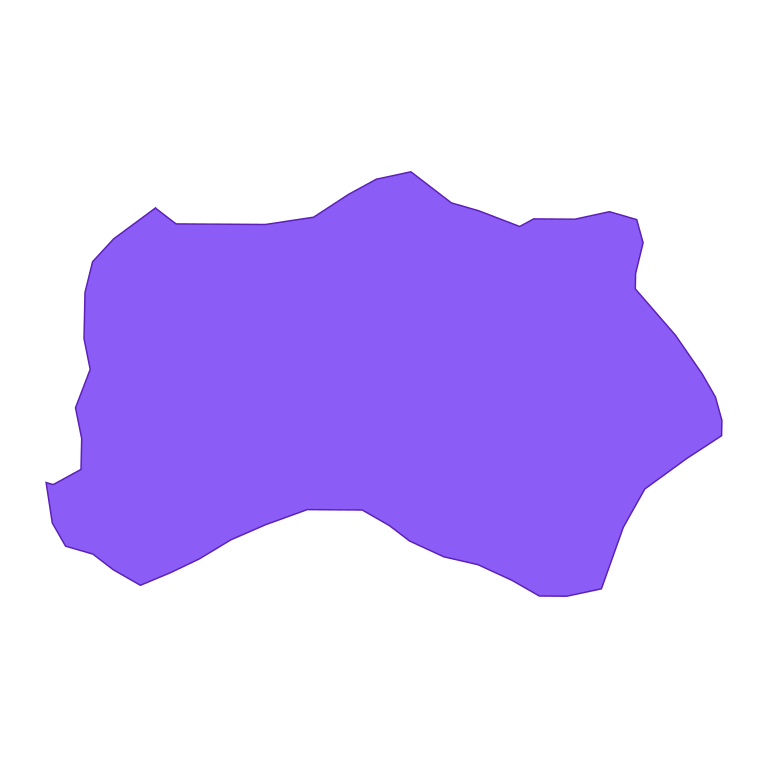 Phihyon, P'yŏngan-bukto, North Korea (Equal Earth projection)
{"feature_id": "82179303B32066025180418", "entity_name": "Phihyon", "entity_type": "district", "adm_level": 2, "iso_a3": "PRK", "parent_name": "North Korea", "parent_adm1": "P'yŏngan-bukto", "projection": "equal_earth", "projection_center": [124.575, 40.048], "detail": "fine", "context": "isolated", "style": "filled", "palette": "violet", "viewbox_px": 768, "rotation_deg": 0, "n_neighbors": 0, "source": "geoboundaries", "source_scale": "gbopen_adm2", "svg_char_len": 840}
<svg xmlns="http://www.w3.org/2000/svg" viewBox="0 0 768 768"><path d="M533.6,218.9L519.7,226.5L478.8,210.8L451.4,202.9L410.9,171.8L376.3,179.2L348.5,194.4L313.6,217.2L265.3,224.5L224.1,224.2L203.5,224.1L176.0,223.9L155.7,208.3L155.6,207.9L113.7,238.8L92.6,261.7L85.0,292.4L84.0,338.6L90.2,369.4L75.5,407.8L81.7,438.6L81.0,469.4L53.2,484.6L46.1,482.5L52.3,523.0L65.6,546.2L92.9,554.1L113.2,569.7L140.4,585.3L171.3,572.3L199.3,558.9L230.9,539.8L265.6,524.7L307.2,509.6L362.2,510.0L389.4,525.6L409.7,541.1L443.8,556.8L478.0,564.7L512.1,580.4L539.3,596.0L566.8,596.2L601.4,588.8L623.3,527.3L644.8,489.0L686.7,458.5L721.6,435.7L721.9,420.3L715.5,397.2L702.2,374.0L675.5,335.3L655.4,312.1L635.3,288.9L635.6,273.5L643.1,242.8L636.7,219.6L609.4,211.7L574.9,219.2L547.4,219.0L533.6,218.9Z" fill="#8b5cf6" stroke="#5b21b6" stroke-width="1.5"/></svg>